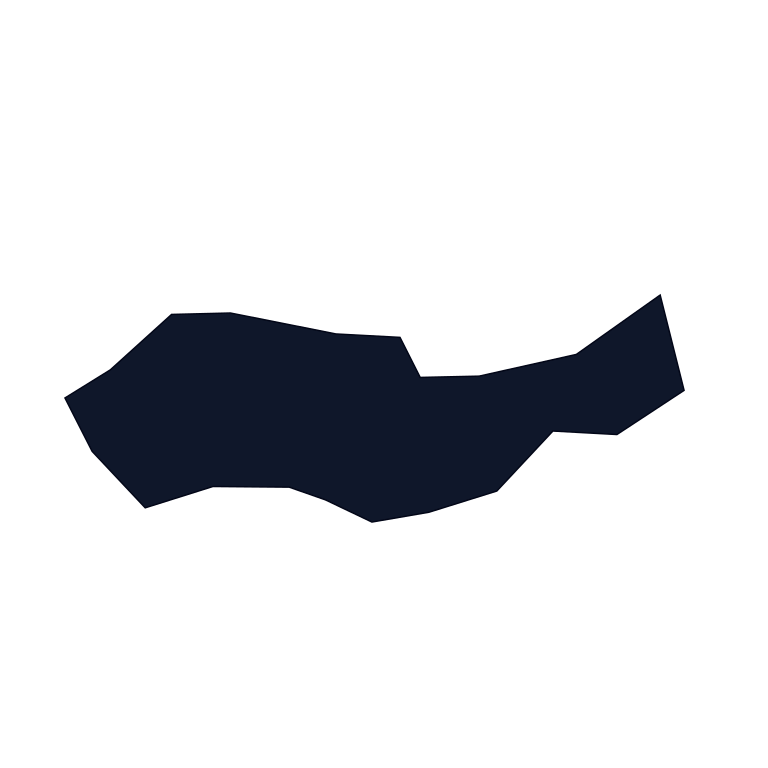 the border of Zvečan, rotated 133°
{"feature_id": "KOS-5892", "entity_name": "Zvečan", "entity_type": "District", "adm_level": 1, "iso_a3": "XKX", "parent_name": "Kosovo", "parent_adm1": "", "projection": "albers", "projection_center": [20.754, 42.971], "detail": "fine", "context": "isolated", "style": "filled", "palette": "ink", "viewbox_px": 768, "rotation_deg": 133, "n_neighbors": 0, "source": "natural_earth", "source_scale": "10m", "svg_char_len": 435}
<svg xmlns="http://www.w3.org/2000/svg" viewBox="0 0 768 768"><g transform="rotate(133 384 384)"><path d="M130.6,242.7L184.0,160.2L262.1,179.2L303.2,228.4L385.3,228.5L447.0,263.6L493.2,298.7L508.7,347.9L524.1,383.0L575.6,439.2L637.4,474.2L632.3,551.5L611.8,607.8L560.3,593.8L478.0,586.8L436.8,544.7L380.2,453.3L339.0,404.1L354.5,362.0L313.4,319.8L231.2,263.5L130.6,242.7Z" fill="#0f172a" stroke="#020617" stroke-width="1.5"/></g></svg>